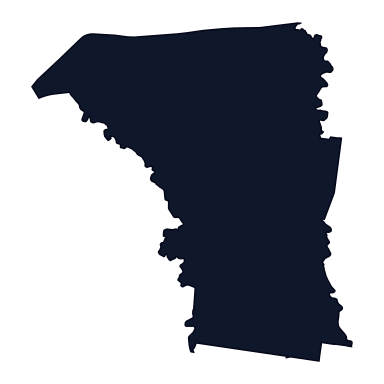 the district of Moreland, Victoria, Australia
{"feature_id": "25037944B23324068897437", "entity_name": "Moreland", "entity_type": "district", "adm_level": 2, "iso_a3": "AUS", "parent_name": "Australia", "parent_adm1": "Victoria", "projection": "robinson", "projection_center": [144.955, -37.736], "detail": "fine", "context": "isolated", "style": "filled", "palette": "ink", "viewbox_px": 384, "rotation_deg": 0, "n_neighbors": 0, "source": "geoboundaries", "source_scale": "gbopen_adm2", "svg_char_len": 5952}
<svg xmlns="http://www.w3.org/2000/svg" viewBox="0 0 384 384"><path d="M39.0,98.2L41.8,96.9L48.1,95.0L52.7,94.1L69.4,92.2L71.2,95.2L73.6,97.8L76.1,101.0L78.8,103.9L79.4,105.1L79.8,107.4L80.4,108.6L81.2,109.6L84.0,111.4L84.4,112.0L84.3,113.1L82.0,119.6L82.3,120.5L83.1,121.1L85.6,121.6L85.9,121.4L86.5,120.9L87.3,119.7L88.5,117.2L88.8,116.9L89.4,117.0L90.0,117.1L90.2,117.4L90.7,121.3L91.3,122.0L92.6,122.6L93.9,122.7L96.1,121.8L97.4,121.6L99.7,121.7L101.7,122.5L103.4,122.7L104.3,123.1L106.9,125.1L107.3,125.7L108.2,127.7L108.2,128.9L107.7,129.5L105.6,129.6L104.2,130.8L104.1,131.5L104.3,134.0L104.8,136.3L107.2,139.4L108.1,140.3L108.4,140.3L109.9,139.4L110.9,138.3L110.8,137.9L110.2,136.9L110.2,136.6L111.8,136.2L114.0,136.6L115.4,138.6L116.1,140.1L116.3,141.8L116.6,142.7L117.1,143.3L119.4,143.9L120.4,144.4L120.6,144.8L120.5,146.9L120.6,147.5L121.8,147.7L123.9,148.5L124.9,148.2L125.6,147.3L126.5,146.8L127.9,146.9L131.9,148.7L136.3,152.3L137.3,154.2L138.2,154.9L141.4,156.5L142.1,157.2L144.2,160.4L145.2,162.9L145.3,164.4L145.1,165.8L145.5,166.5L146.1,166.9L146.8,167.2L147.6,167.1L149.7,166.4L151.3,166.3L152.4,167.1L152.8,167.9L152.2,169.3L152.3,169.7L152.5,170.1L153.0,170.4L153.9,170.6L154.6,171.2L154.6,172.0L154.5,172.6L154.2,173.2L153.5,173.8L152.6,174.2L151.7,175.1L150.7,178.0L150.7,179.0L151.0,180.0L151.8,181.1L155.5,182.8L156.3,184.3L157.1,184.7L159.8,187.0L163.3,189.1L164.3,190.9L165.2,199.4L165.5,199.8L168.1,200.7L168.7,201.9L168.6,208.0L168.7,208.7L169.1,209.5L173.9,217.0L174.9,217.4L178.3,217.3L179.2,217.7L179.7,218.0L181.1,220.5L183.5,223.6L183.3,224.8L182.8,225.3L181.1,225.7L180.8,226.2L178.9,227.1L178.3,228.9L177.6,229.5L175.1,229.1L173.7,229.7L171.2,229.7L166.9,229.1L165.0,229.8L164.2,230.4L163.8,231.0L163.7,231.7L163.4,235.5L163.7,236.0L164.1,236.4L166.0,236.5L166.3,237.5L165.0,238.9L164.3,240.9L163.4,242.6L161.7,242.8L160.7,243.9L160.4,244.7L160.9,246.0L160.9,247.7L159.7,250.2L158.8,251.3L158.5,252.1L159.1,253.6L159.8,254.4L163.9,256.6L164.7,256.0L165.7,254.0L166.2,253.8L166.8,254.0L167.4,256.7L167.9,257.8L169.4,259.9L170.5,260.5L172.5,259.3L174.7,258.6L175.4,257.8L175.7,256.8L176.4,256.5L176.8,256.7L177.6,257.5L179.3,258.5L180.9,258.7L183.2,258.4L184.1,258.9L184.5,259.7L184.3,261.7L184.0,262.5L182.8,263.7L180.4,265.2L180.1,266.1L180.3,266.8L181.7,268.4L182.4,269.7L183.1,271.6L183.0,272.4L182.7,272.8L180.0,274.9L179.6,275.6L179.4,277.5L178.1,279.2L178.1,280.2L181.4,282.8L181.4,283.7L181.1,284.6L181.0,285.5L181.6,286.3L182.0,286.6L183.0,286.7L186.1,285.0L188.8,285.0L194.4,287.2L195.0,288.0L195.2,288.9L193.8,308.3L193.7,309.1L193.0,310.4L192.8,313.2L193.4,316.6L193.3,317.1L192.6,318.1L186.4,321.3L185.5,322.6L185.1,324.7L185.4,325.6L186.3,326.2L192.9,326.1L193.6,326.2L194.6,326.9L195.1,328.2L194.8,329.4L193.0,332.7L189.5,336.0L188.8,337.0L188.6,337.9L189.3,345.4L190.1,349.2L190.9,351.7L193.6,352.2L192.7,349.5L194.2,347.9L194.7,346.5L195.3,345.5L195.8,343.6L196.2,342.9L286.6,356.2L286.3,357.6L290.6,356.8L319.0,361.0L319.5,356.7L321.5,342.4L330.6,343.8L334.6,344.3L334.6,344.0L347.7,345.8L347.7,346.0L351.5,346.6L351.4,345.3L351.9,344.0L352.0,342.6L351.8,341.9L350.7,341.0L348.6,340.9L348.0,340.7L347.1,340.0L346.4,338.9L346.3,336.9L345.7,335.5L344.2,333.4L340.7,329.5L338.8,327.0L338.2,325.1L337.9,321.6L338.6,316.7L338.9,312.2L339.1,311.7L339.8,310.9L341.0,310.3L342.3,308.8L342.3,308.0L342.1,307.2L341.3,306.2L338.5,303.9L338.1,303.2L337.4,302.1L336.9,299.5L336.3,299.0L334.6,298.3L332.1,298.1L330.2,296.6L329.5,295.2L329.3,294.4L329.3,293.5L329.9,292.9L330.8,292.6L332.7,292.7L333.9,292.2L334.8,291.4L334.8,290.4L331.5,286.9L327.6,279.8L325.8,275.8L325.6,274.7L324.3,270.3L323.7,267.0L323.3,265.6L323.8,264.5L322.8,263.2L322.6,262.6L322.7,261.8L323.2,260.9L324.8,258.6L325.3,258.1L326.4,257.8L327.4,256.8L328.5,256.7L329.8,255.6L330.6,254.6L330.5,253.2L329.1,250.6L328.9,249.7L327.9,248.3L326.8,246.2L326.8,245.7L327.0,245.2L329.3,242.7L329.3,242.0L326.7,237.6L326.7,234.6L326.1,233.6L325.7,233.4L325.4,232.6L325.9,232.0L328.3,232.3L329.9,231.9L331.0,231.1L331.2,230.5L331.2,229.6L330.9,228.5L329.8,227.2L326.0,224.6L325.0,223.7L323.6,221.8L322.0,220.4L321.7,219.1L321.8,218.9L324.3,219.2L334.2,192.8L341.4,138.2L339.1,137.9L338.8,138.2L330.6,137.1L329.4,139.5L320.6,138.4L319.3,134.4L321.8,133.6L323.2,132.0L320.9,130.2L321.2,129.6L321.3,127.7L320.0,123.6L319.5,122.7L319.1,120.5L319.3,120.1L320.1,119.9L323.8,120.5L325.5,118.9L326.4,118.4L327.2,116.8L327.7,112.7L327.0,111.8L326.6,111.6L324.0,111.1L322.4,111.1L320.2,110.2L318.9,110.5L317.1,110.3L316.3,109.8L315.6,109.0L315.6,108.5L315.8,108.1L316.4,107.6L320.4,106.2L321.6,105.4L321.9,104.6L321.4,100.8L321.1,100.2L318.7,99.3L316.2,96.6L315.9,96.0L316.8,94.4L319.2,90.9L320.1,89.2L321.1,87.7L322.8,86.6L326.7,86.5L327.3,85.8L327.5,85.2L327.5,84.6L327.2,83.7L326.6,82.8L323.2,79.0L321.4,77.9L320.8,77.3L320.3,76.5L320.2,75.9L320.4,75.2L321.1,74.5L322.5,73.4L325.8,72.1L326.4,71.9L329.6,72.3L330.7,72.2L331.4,71.6L332.5,70.2L332.8,69.6L332.8,68.5L332.2,66.9L331.5,66.4L329.5,63.2L329.0,62.9L328.2,61.7L327.3,61.2L324.5,61.2L324.0,60.6L323.6,59.8L323.2,58.5L323.2,56.9L324.8,53.9L325.8,53.1L326.5,52.2L327.0,51.0L327.1,50.2L326.9,49.0L326.5,48.2L324.1,47.6L322.9,47.6L320.7,46.4L320.3,45.0L320.3,43.9L319.7,42.8L320.5,40.8L320.6,39.1L321.5,37.9L321.6,36.8L321.0,36.0L318.2,35.4L316.9,34.7L316.3,34.7L315.1,35.4L314.6,36.2L314.3,37.0L314.3,37.9L314.1,38.3L313.6,38.7L312.6,38.5L311.7,38.0L311.3,36.9L310.1,35.3L307.5,34.5L306.8,34.0L306.4,33.5L306.2,32.5L305.7,32.2L305.0,30.6L303.8,30.4L302.8,29.1L301.8,28.8L301.2,29.1L301.0,30.0L300.1,30.2L298.9,30.2L298.0,29.7L295.5,29.9L295.0,29.2L295.3,29.2L294.8,28.4L294.8,27.8L295.9,25.9L297.2,24.3L298.1,23.7L299.5,23.7L300.2,23.3L298.0,23.0L259.9,27.7L234.5,28.1L221.3,28.9L203.5,30.5L187.6,32.8L177.1,34.0L134.4,37.2L127.9,37.0L115.0,35.3L93.1,34.0L90.4,34.1L87.0,34.9L84.6,35.9L82.5,37.2L79.2,40.2L59.3,59.4L37.7,79.6L32.0,86.7L39.0,98.2Z" fill="#0f172a" stroke="#020617" stroke-width="1.5"/></svg>